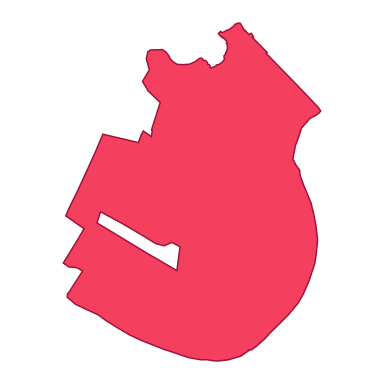 Tatakamotonga, Tongatapu, Tonga
{"feature_id": "48082658B12474943410263", "entity_name": "Tatakamotonga", "entity_type": "district", "adm_level": 2, "iso_a3": "TON", "parent_name": "Tonga", "parent_adm1": "Tongatapu", "projection": "albers", "projection_center": [-175.133, -21.226], "detail": "fine", "context": "isolated", "style": "filled", "palette": "rose", "viewbox_px": 384, "rotation_deg": 0, "n_neighbors": 0, "source": "geoboundaries", "source_scale": "gbopen_adm2", "svg_char_len": 1977}
<svg xmlns="http://www.w3.org/2000/svg" viewBox="0 0 384 384"><path d="M67.5,293.8L67.2,297.2L75.6,304.3L84.9,308.8L97.8,314.6L106.1,320.6L115.7,326.7L129.5,334.9L141.5,340.5L163.0,349.0L175.7,353.2L188.6,357.6L201.2,359.8L207.0,359.7L212.8,360.7L218.3,361.0L228.4,359.8L240.8,356.1L249.5,350.1L249.1,349.8L251.3,349.9L256.1,346.5L263.9,339.6L271.0,332.0L279.7,323.5L288.8,314.3L298.0,303.2L303.2,294.3L309.3,280.2L314.7,263.8L316.3,253.2L317.6,240.1L315.9,225.2L313.6,213.4L310.9,202.5L303.6,185.1L300.1,175.4L299.9,173.0L299.7,170.3L295.8,164.8L292.9,159.0L295.4,145.8L299.2,135.4L301.5,128.0L310.2,118.2L316.2,115.1L319.2,112.9L320.7,111.0L318.3,107.4L299.9,88.1L266.1,53.3L267.2,52.5L261.8,47.0L252.4,37.5L253.5,36.8L251.3,33.3L249.0,34.5L245.0,30.3L244.7,30.6L240.2,23.3L238.4,23.0L237.2,23.4L236.1,23.8L235.3,24.2L234.6,24.8L234.1,25.9L232.5,26.9L230.1,28.9L228.5,29.8L226.5,30.3L224.7,31.6L223.9,31.9L223.3,32.2L222.1,32.5L220.3,31.4L219.6,32.6L218.4,33.4L220.9,36.7L222.2,36.9L222.3,37.7L223.6,37.7L223.8,38.5L224.8,39.2L225.6,40.2L226.2,40.3L227.1,43.3L226.5,43.7L227.2,44.1L227.4,47.5L227.2,49.6L226.1,52.2L225.5,53.0L225.7,53.8L223.9,56.0L224.2,57.6L224.4,58.7L224.0,60.1L223.6,60.6L221.3,62.9L218.6,64.6L217.0,64.8L216.2,65.2L215.9,66.0L214.5,66.6L210.8,68.0L209.5,64.8L207.8,64.3L207.5,62.7L205.7,60.5L203.4,60.3L202.0,58.4L200.1,58.0L194.9,61.8L189.4,64.2L183.9,64.6L177.2,64.4L172.8,61.6L170.3,58.8L168.5,55.3L166.0,52.1L162.5,49.6L150.4,50.0L147.9,51.8L146.3,58.7L148.8,67.8L149.4,69.8L142.5,81.4L148.2,91.0L153.9,96.5L160.2,102.6L154.3,121.0L151.5,129.9L152.2,130.4L151.4,136.6L143.3,131.0L141.0,135.4L138.4,142.6L102.9,134.2L95.2,152.4L78.7,188.5L69.7,206.9L65.7,215.9L72.1,220.3L84.1,228.7L76.0,242.4L63.3,263.0L68.8,266.9L77.3,267.8L82.6,271.0L67.8,294.0L67.5,293.8ZM97.0,222.9L100.5,211.8L120.8,222.7L139.8,233.9L156.0,243.7L164.3,245.8L171.8,242.4L180.0,246.7L176.9,270.6L146.0,252.6L97.0,222.9Z" fill="#f43f5e" stroke="#9f1239" stroke-width="1.5"/></svg>